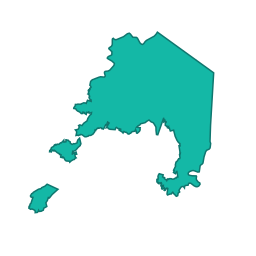 Tamalín, Veracruz, Mexico, rotated 10°
{"feature_id": "50627088B78854811449565", "entity_name": "Tamalín", "entity_type": "district", "adm_level": 2, "iso_a3": "MEX", "parent_name": "Mexico", "parent_adm1": "Veracruz", "projection": "natural_earth1", "projection_center": [-97.693, 21.474], "detail": "fine", "context": "isolated", "style": "filled", "palette": "teal", "viewbox_px": 256, "rotation_deg": 10, "n_neighbors": 0, "source": "geoboundaries", "source_scale": "gbopen_adm2", "svg_char_len": 5852}
<svg xmlns="http://www.w3.org/2000/svg" viewBox="0 0 256 256"><g transform="rotate(10 128 128)"><path d="M186.7,186.5L187.7,186.8L188.7,186.0L188.7,183.4L190.0,182.0L189.0,180.5L190.4,177.2L191.3,176.3L192.7,176.0L194.0,177.2L193.9,176.0L194.3,174.7L197.1,173.9L197.3,172.4L197.7,171.7L199.4,171.5L203.2,173.5L205.2,174.0L206.7,173.7L207.8,172.8L208.7,170.9L208.3,169.7L206.4,168.9L204.5,167.2L204.0,166.0L203.9,163.8L203.5,163.3L199.8,163.9L196.7,163.9L195.7,163.5L195.2,162.7L195.2,161.7L196.1,160.3L198.6,158.8L200.1,158.5L204.5,159.3L205.8,158.8L205.6,152.8L206.0,151.9L207.4,150.5L207.9,149.5L207.9,143.2L208.6,137.9L209.3,136.3L211.6,134.7L212.2,133.7L212.3,132.6L212.1,128.9L211.1,127.0L208.8,110.8L202.8,58.8L140.3,28.5L139.4,30.7L137.9,33.0L131.0,38.5L129.9,39.9L128.9,42.1L127.8,43.2L126.6,43.1L124.9,42.0L121.7,37.9L120.6,37.3L117.0,37.8L114.1,35.1L112.8,34.4L111.0,35.3L107.8,38.8L101.4,42.9L100.2,43.2L99.2,43.1L98.0,42.2L97.3,42.7L97.2,43.7L98.0,48.3L97.8,49.6L97.4,50.5L95.8,52.0L95.3,52.7L95.4,53.3L98.9,55.7L99.3,58.4L99.1,59.0L96.3,61.0L95.5,62.1L95.6,63.1L100.5,64.9L102.9,66.4L103.4,66.9L103.3,68.8L100.1,74.1L98.6,75.3L95.7,76.2L95.2,76.9L95.2,77.8L96.5,80.5L96.4,81.3L95.8,82.0L92.1,82.3L90.6,83.0L84.6,86.6L83.7,87.6L83.1,88.8L83.0,92.5L84.0,93.3L84.5,94.4L83.7,95.5L83.8,96.0L83.4,95.9L83.5,96.8L82.8,97.1L83.5,97.9L83.4,98.2L82.8,98.3L82.6,98.0L82.4,98.3L83.1,98.7L82.9,100.4L83.4,100.8L82.7,101.5L83.5,101.8L84.5,103.0L84.4,103.4L84.8,103.9L84.3,104.5L84.5,105.1L85.7,106.5L86.8,106.8L87.1,108.2L83.3,107.7L82.9,109.7L82.5,110.2L82.6,111.0L80.2,110.8L77.5,112.5L77.5,112.8L74.4,113.2L73.1,113.8L72.1,113.9L72.1,115.6L71.2,117.2L71.2,118.2L73.3,118.2L73.9,119.1L75.3,120.0L77.8,120.7L79.5,121.9L80.9,121.6L81.1,120.5L80.8,120.4L80.9,120.1L81.3,120.2L82.5,120.3L82.7,120.5L82.6,121.1L84.5,121.9L84.6,119.7L86.4,119.9L86.4,119.0L86.9,119.1L87.7,120.0L89.4,119.1L89.4,120.8L88.4,121.8L88.0,122.6L86.8,125.5L86.4,128.1L83.5,131.1L82.3,133.6L80.0,133.3L78.9,134.2L79.9,135.4L79.1,138.0L76.5,139.0L77.8,140.1L78.2,141.3L78.1,144.4L79.5,143.8L80.3,144.1L81.5,143.2L81.9,143.3L82.6,142.5L84.2,142.7L86.8,144.1L88.1,144.0L90.3,142.9L90.5,142.3L92.7,141.7L94.6,140.1L95.9,137.4L95.8,135.9L95.9,135.6L96.6,135.9L96.7,135.2L97.2,134.9L97.9,133.5L98.8,133.4L99.0,133.1L99.4,133.3L101.1,132.4L102.1,132.7L102.2,133.2L102.5,133.2L102.6,132.9L103.8,133.4L104.5,132.1L105.3,129.1L105.4,128.8L105.8,129.1L106.4,128.2L106.9,125.6L108.5,126.4L106.6,131.5L107.7,131.0L109.0,132.1L110.5,132.4L115.6,131.9L115.9,130.2L116.5,129.4L119.6,130.9L119.6,130.2L121.0,130.4L121.1,131.1L120.1,131.8L123.0,133.0L124.0,133.8L124.6,132.1L125.9,132.6L127.3,132.6L129.1,133.9L130.1,133.8L130.8,133.0L131.5,132.7L132.7,130.9L135.3,130.0L135.7,128.2L136.9,130.2L137.1,131.2L137.3,131.5L138.1,131.5L139.9,129.2L140.3,127.6L140.0,127.1L140.0,125.6L136.4,125.7L136.7,125.2L137.7,123.9L139.2,122.9L139.6,121.7L143.9,119.8L145.7,117.8L147.3,116.5L149.6,117.9L152.1,118.5L154.6,121.3L155.4,122.4L156.0,125.5L157.2,129.5L158.5,129.5L161.4,111.7L161.6,113.0L163.0,113.8L162.3,114.6L162.3,115.8L163.2,115.1L164.5,115.3L164.5,115.9L164.0,116.0L163.9,117.1L164.3,119.0L165.2,119.2L165.9,119.8L166.7,119.5L167.0,119.8L166.7,120.4L166.8,120.8L167.3,120.7L167.3,120.1L167.6,119.8L167.6,120.4L168.3,120.7L168.0,121.1L168.9,121.3L170.2,123.6L173.3,122.2L175.9,128.0L178.3,131.5L180.1,133.4L181.4,134.2L182.4,134.4L181.7,134.6L182.4,136.5L181.3,136.6L183.3,142.5L183.5,144.1L183.9,143.9L183.8,145.6L183.5,145.6L184.4,148.3L184.2,149.2L183.3,149.4L182.1,152.2L181.2,153.2L181.0,156.3L181.5,157.2L180.2,161.7L181.0,162.1L180.5,163.9L182.6,164.8L183.2,162.5L183.7,162.3L185.6,167.6L184.2,168.1L184.2,168.8L183.2,169.1L182.6,169.9L181.8,170.3L180.5,170.7L179.5,170.4L177.8,170.6L177.0,171.3L176.4,171.1L176.2,171.7L175.6,171.5L175.3,173.0L174.8,172.4L174.0,172.3L172.4,171.2L172.6,170.5L170.6,170.2L170.8,168.0L166.7,167.6L166.1,169.0L165.9,170.5L166.4,171.6L166.5,172.0L166.2,172.2L166.5,173.7L165.4,173.7L165.8,176.0L166.1,176.3L167.1,176.2L167.0,177.0L168.1,177.5L168.1,176.6L169.1,176.5L169.6,176.9L169.6,176.3L169.9,176.1L170.3,176.6L170.5,176.4L170.7,176.7L170.3,178.7L170.6,179.5L171.0,179.6L171.6,178.7L172.8,178.3L172.9,179.3L171.5,180.7L171.7,181.9L172.1,182.2L172.8,182.1L174.1,180.5L174.7,181.0L174.8,182.0L174.4,183.0L175.0,183.2L175.5,182.8L175.5,181.7L175.9,181.7L176.7,180.4L177.7,180.6L177.8,185.7L178.1,186.7L178.6,187.1L180.7,185.8L182.2,185.4L183.0,183.5L183.5,183.5L184.3,184.7L185.6,185.4L186.7,186.5ZM69.7,200.5L58.1,197.4L56.3,199.7L53.4,201.7L52.8,202.8L50.5,203.8L46.0,207.7L45.4,208.8L44.5,209.5L43.7,211.9L44.6,212.9L46.4,212.8L45.5,219.1L44.8,219.9L44.7,222.7L44.2,222.6L44.3,224.2L46.2,225.0L46.9,224.6L48.1,224.5L50.6,225.3L51.2,226.6L51.3,227.5L53.3,226.9L54.1,225.7L54.3,224.6L55.0,225.6L55.7,225.4L56.9,225.1L58.9,223.6L59.0,221.6L61.7,219.4L60.1,215.9L61.2,213.4L61.6,210.4L62.3,210.7L62.5,210.2L62.9,210.3L64.9,206.6L69.7,200.5ZM82.1,166.4L81.1,165.6L80.2,163.2L82.0,162.7L81.0,160.7L78.7,162.4L78.5,162.0L77.6,163.9L77.6,160.7L77.8,160.8L80.5,158.8L82.2,155.8L84.0,153.6L84.0,152.8L84.4,151.8L82.1,146.4L80.7,148.4L80.3,150.5L80.5,151.3L80.3,151.6L78.1,152.9L77.2,152.8L75.8,153.9L73.9,153.0L73.5,151.7L72.0,151.1L71.0,150.3L70.0,150.6L69.5,150.3L68.9,150.4L69.3,152.3L67.4,153.0L66.9,151.1L65.9,152.8L64.6,154.4L64.2,154.3L63.6,154.9L62.8,156.1L61.5,156.1L60.8,156.5L60.6,157.0L59.3,157.5L59.3,156.9L58.9,157.1L58.3,157.8L58.0,159.0L56.0,160.6L56.0,162.2L55.5,162.4L55.2,163.8L54.8,163.9L54.9,165.0L55.8,164.7L56.5,165.0L57.5,162.9L59.0,163.5L59.1,162.7L59.5,162.7L62.8,164.7L65.1,165.2L65.1,166.0L66.8,166.1L66.6,168.3L66.8,168.5L67.6,168.6L68.5,167.8L69.1,167.9L69.1,168.6L70.0,168.4L71.5,170.4L72.8,171.2L76.1,170.9L76.6,171.8L77.8,170.2L79.7,168.6L80.6,168.3L81.3,166.9L82.1,166.4Z" fill="#14b8a6" stroke="#0f766e" stroke-width="1.5"/></g></svg>